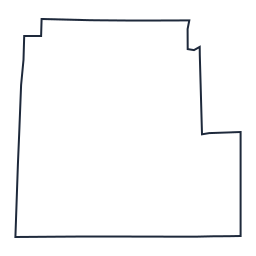 the district of Steuben, New York, United States of America
{"feature_id": "52423323B60397494558599", "entity_name": "Steuben", "entity_type": "district", "adm_level": 2, "iso_a3": "USA", "parent_name": "United States of America", "parent_adm1": "New York", "projection": "equal_earth", "projection_center": [-77.339, 42.29], "detail": "fine", "context": "isolated", "style": "outline", "palette": "slate", "viewbox_px": 256, "rotation_deg": 0, "n_neighbors": 0, "source": "geoboundaries", "source_scale": "gbopen_adm2", "svg_char_len": 459}
<svg xmlns="http://www.w3.org/2000/svg" viewBox="0 0 256 256"><path d="M55.6,236.7L85.6,236.5L99.6,236.5L195.0,236.7L212.5,236.3L228.6,236.2L240.6,236.0L240.6,161.8L240.6,132.0L209.2,133.1L202.0,134.3L199.8,55.2L199.7,46.9L194.0,50.1L187.7,49.1L187.6,29.0L189.3,20.4L160.9,20.5L125.5,20.5L100.0,20.3L89.9,20.2L41.6,19.0L41.1,36.0L24.2,36.0L23.5,59.9L21.1,85.0L19.3,130.9L17.9,164.4L15.4,237.0L55.6,236.7Z" fill="none" stroke="#1e293b" stroke-width="2"/></svg>